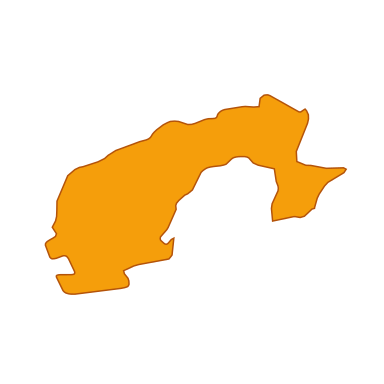 Ingush, orthographic projection, rotated 256°
{"feature_id": "RUS-2303", "entity_name": "Ingush", "entity_type": "Republic", "adm_level": 1, "iso_a3": "RUS", "parent_name": "Russia", "parent_adm1": "", "projection": "orthographic", "projection_center": [44.85, 43.115], "detail": "fine", "context": "isolated", "style": "filled", "palette": "amber", "viewbox_px": 384, "rotation_deg": 256, "n_neighbors": 0, "source": "natural_earth", "source_scale": "10m", "svg_char_len": 2240}
<svg xmlns="http://www.w3.org/2000/svg" viewBox="0 0 384 384"><g transform="rotate(256 192 192)"><path d="M238.8,323.6L234.7,322.7L230.7,320.7L206.1,303.0L196.2,301.1L190.4,308.9L189.0,313.8L182.5,328.0L178.8,344.9L176.8,347.1L174.0,344.1L168.5,326.2L165.8,322.1L159.2,314.9L155.7,312.0L147.3,307.2L146.5,306.9L146.4,304.3L141.3,295.2L141.1,290.8L143.1,286.3L143.5,284.6L144.3,263.2L156.8,265.1L161.2,266.9L172.4,275.8L174.9,276.7L177.0,276.9L181.8,276.3L194.6,277.5L202.0,262.7L205.4,258.4L211.4,255.3L212.7,253.7L213.6,251.7L215.0,246.0L215.3,243.4L215.3,241.3L215.0,239.7L214.4,238.2L211.4,233.0L210.7,231.7L210.5,229.2L210.6,225.8L211.5,219.3L211.8,215.8L211.8,213.1L211.5,211.5L211.0,209.9L210.4,208.4L209.9,207.3L208.8,205.5L193.9,192.9L191.3,187.4L190.7,184.2L187.0,177.2L184.9,174.3L182.7,172.9L179.0,172.4L163.4,160.3L161.6,158.5L156.0,150.5L154.3,149.8L152.7,149.9L149.1,152.3L148.0,153.3L147.5,154.5L147.7,155.8L148.4,157.0L150.9,160.4L151.6,163.2L135.7,157.4L134.3,155.7L132.6,153.4L134.5,122.8L134.3,117.5L132.2,106.6L129.0,106.6L123.8,109.0L121.0,109.2L117.8,108.6L116.5,107.7L115.8,106.7L115.6,105.2L115.5,103.5L115.7,99.6L121.2,53.8L122.2,49.9L123.0,47.8L124.5,45.2L125.9,43.9L127.5,43.0L142.1,39.9L143.3,40.0L143.9,40.9L143.9,42.5L143.6,44.3L141.0,54.8L140.8,56.5L140.9,57.9L141.8,58.7L143.3,58.8L157.3,56.0L159.9,54.8L160.9,53.3L161.3,51.5L160.5,44.3L160.6,42.3L161.0,40.0L162.1,38.9L163.3,38.3L175.8,36.9L177.2,37.3L178.2,38.3L179.0,39.6L180.0,42.6L180.8,45.7L181.9,48.8L184.3,50.4L191.6,47.9L196.9,52.6L201.0,54.7L206.8,56.4L215.8,58.8L237.9,75.4L242.1,83.9L243.1,88.7L242.9,92.4L244.0,108.1L245.6,115.3L247.9,119.6L250.7,128.1L253.5,153.5L253.6,160.2L254.0,162.6L254.8,164.5L255.6,165.6L257.7,167.7L259.2,169.8L261.0,173.0L264.1,180.3L265.2,184.8L265.7,188.0L265.0,192.2L263.7,196.0L258.5,204.2L257.7,208.0L257.8,211.6L259.2,221.6L259.2,224.1L259.1,225.8L258.3,229.5L257.9,232.2L258.3,233.6L259.2,234.6L260.5,235.3L261.8,236.5L263.3,239.1L263.9,241.4L264.1,243.6L262.6,261.3L262.1,264.4L259.5,272.4L258.6,277.7L266.4,280.8L268.5,285.3L268.3,287.2L267.9,289.1L266.6,291.0L243.9,315.1L243.4,316.5L243.5,317.2L244.9,321.1L245.1,321.8L243.1,322.8L238.8,323.6Z" fill="#f59e0b" stroke="#b45309" stroke-width="1.5"/></g></svg>